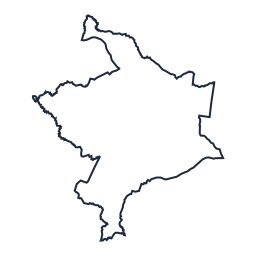 Mueang Kamphaeng Phet, Kamphaeng Phet, Thailand
{"feature_id": "78962969B14076406619672", "entity_name": "Mueang Kamphaeng Phet", "entity_type": "district", "adm_level": 2, "iso_a3": "THA", "parent_name": "Thailand", "parent_adm1": "Kamphaeng Phet", "projection": "natural_earth1", "projection_center": [99.433, 16.42], "detail": "fine", "context": "isolated", "style": "outline", "palette": "slate", "viewbox_px": 256, "rotation_deg": 0, "n_neighbors": 0, "source": "geoboundaries", "source_scale": "gbopen_adm2", "svg_char_len": 5644}
<svg xmlns="http://www.w3.org/2000/svg" viewBox="0 0 256 256"><path d="M223.1,158.1L221.0,153.6L219.7,149.4L216.3,148.5L214.6,146.7L213.1,143.5L210.9,142.6L209.0,140.0L207.1,138.8L205.4,136.6L203.7,135.7L200.8,135.6L200.2,134.7L199.7,133.2L200.0,125.6L199.5,125.2L200.2,121.4L200.1,118.9L199.0,117.8L199.3,115.6L209.6,117.1L211.3,102.6L214.3,82.4L213.3,82.3L212.3,83.4L209.7,83.3L207.4,85.0L205.0,85.5L204.8,86.2L203.8,86.5L202.7,85.9L201.3,86.2L200.6,86.8L198.9,87.0L197.1,85.7L195.7,85.9L194.0,84.5L192.7,84.7L193.6,75.6L194.3,74.2L192.5,72.3L189.4,71.6L189.4,72.0L187.0,72.5L185.7,73.4L184.1,73.8L181.4,75.7L181.1,76.5L178.5,76.9L176.8,78.6L175.4,77.2L175.1,75.4L172.6,74.2L170.9,74.2L165.9,71.1L162.5,69.5L158.3,64.6L156.1,63.3L152.9,60.6L151.9,60.2L150.2,58.5L149.9,57.6L148.8,58.0L148.0,57.7L147.1,56.6L146.0,57.9L144.7,57.8L144.4,58.2L141.8,56.9L141.8,56.0L140.6,54.7L140.7,54.1L140.2,53.7L140.3,53.3L139.0,51.6L139.0,51.1L138.3,50.1L138.4,49.8L137.9,49.4L138.2,48.9L137.9,47.3L136.1,45.9L135.7,43.5L134.7,42.5L134.4,41.5L134.3,39.8L133.5,39.4L132.8,38.2L131.4,37.3L129.9,37.5L128.9,35.7L126.2,35.8L125.7,33.9L122.6,34.5L122.2,34.9L119.6,33.4L116.0,33.9L115.6,33.6L113.2,33.8L112.2,32.5L110.6,31.4L108.7,31.1L105.5,31.8L102.5,31.0L101.0,31.4L100.2,30.6L99.9,30.7L98.7,29.9L98.4,30.6L97.8,30.3L97.4,29.9L97.7,29.4L97.2,28.9L96.6,29.3L96.1,28.7L96.5,28.5L96.3,28.0L95.7,27.3L95.7,26.5L96.6,26.6L97.0,25.9L97.1,24.8L97.9,24.2L97.7,22.9L97.0,22.8L96.8,23.3L96.1,22.1L95.9,20.5L95.5,20.1L94.9,20.6L94.4,20.2L94.9,19.9L94.7,19.4L92.6,18.6L92.7,17.8L92.1,16.9L90.0,16.7L89.6,16.0L88.5,16.1L88.0,15.4L86.6,16.3L87.1,18.8L85.4,20.5L84.8,22.3L84.2,22.6L84.5,23.5L84.0,24.5L84.0,25.3L84.9,26.6L84.4,26.8L84.8,27.6L84.4,28.6L84.9,28.8L85.1,29.5L84.3,33.4L83.6,33.6L81.8,40.1L83.8,40.4L86.3,40.0L92.5,37.3L95.6,37.4L101.3,39.6L104.6,42.8L105.6,44.4L106.3,48.4L108.5,52.6L110.7,55.3L111.4,59.1L112.4,61.0L117.1,66.9L119.3,68.4L119.2,68.7L116.7,70.4L112.1,71.9L109.7,74.4L107.6,72.4L97.1,77.6L94.3,79.7L93.4,79.2L90.4,78.7L89.1,82.3L87.3,85.7L86.2,85.5L85.7,86.7L84.1,86.7L82.3,86.0L81.8,85.1L81.1,85.1L80.8,84.6L75.7,85.7L74.3,84.5L73.0,84.0L72.1,82.2L69.8,82.8L67.4,81.3L66.7,82.9L64.6,83.2L62.9,85.2L62.5,85.2L62.7,84.6L62.3,84.2L61.2,84.1L60.2,84.6L58.9,86.9L56.5,89.2L56.6,91.3L56.9,91.9L56.5,93.0L55.4,92.9L55.1,93.8L53.9,94.0L53.8,94.8L52.2,95.9L51.5,95.4L51.4,94.5L51.0,94.8L50.8,94.2L49.8,94.0L50.0,92.8L49.5,93.0L48.6,92.2L47.6,92.0L46.4,92.2L45.7,93.1L45.1,93.0L45.1,92.5L44.2,93.9L41.8,95.4L40.6,95.3L39.5,96.1L39.2,96.6L39.3,97.7L38.4,98.2L38.4,99.0L37.8,99.7L36.4,98.8L36.5,97.3L35.6,96.3L33.2,96.0L32.9,96.3L33.2,98.4L33.8,98.9L34.9,101.0L35.7,101.6L36.4,100.6L37.2,100.9L37.9,100.7L37.9,101.4L38.7,102.8L39.0,102.7L39.2,103.8L39.8,104.5L40.7,104.7L40.4,105.1L40.8,106.8L41.3,107.1L42.3,106.8L42.4,107.4L42.8,107.4L42.9,107.8L42.3,108.0L42.3,108.3L43.7,108.4L44.5,109.1L44.5,110.0L44.2,110.0L43.8,111.0L44.4,111.2L44.8,112.0L46.0,111.4L46.5,111.4L46.6,112.0L46.9,111.5L47.8,112.1L48.1,111.9L48.3,112.7L48.7,112.7L49.2,113.6L50.7,113.5L51.1,114.3L51.5,114.2L52.3,115.3L52.1,116.1L52.5,116.0L53.1,116.6L53.3,117.3L54.7,118.1L55.1,119.7L55.4,119.4L55.2,120.3L56.3,121.0L56.3,122.3L56.8,123.3L56.3,123.5L57.1,125.7L59.6,126.1L60.0,125.8L60.9,126.6L60.4,127.2L60.7,127.7L60.2,127.9L60.4,128.3L59.4,128.9L59.7,129.8L58.8,131.2L59.8,132.5L59.6,132.8L59.9,133.3L59.1,133.7L59.3,134.3L58.7,134.3L59.1,135.5L59.6,135.5L59.1,136.3L61.0,137.2L61.1,137.8L61.6,137.9L61.6,138.6L62.2,138.4L62.8,138.8L63.5,138.2L64.4,138.9L64.4,139.6L65.0,139.2L65.2,140.0L66.4,139.9L66.6,140.4L71.4,142.3L71.8,143.5L74.1,144.6L73.8,145.3L74.8,145.7L75.6,147.1L77.2,147.4L80.0,146.8L81.7,149.7L81.1,153.8L81.4,155.9L82.0,156.4L83.6,156.6L88.7,154.8L89.5,156.8L91.4,156.0L91.7,158.7L91.4,159.0L92.9,160.0L93.8,158.9L94.1,159.2L96.1,158.5L96.4,157.6L96.9,157.9L97.2,157.3L98.1,157.3L98.3,156.8L98.9,157.0L99.5,156.7L99.7,157.1L95.0,166.3L88.0,181.4L86.6,182.7L80.7,180.5L76.8,183.9L74.7,190.7L76.2,192.3L77.1,192.5L78.5,193.7L78.9,195.6L78.2,197.8L79.7,198.4L80.6,198.1L81.2,198.3L84.1,203.1L88.1,204.0L88.9,203.9L89.8,203.1L90.2,203.5L91.3,203.5L91.5,203.9L92.2,203.5L93.3,203.7L93.3,204.3L95.8,205.2L98.0,205.2L99.4,206.9L100.6,206.4L101.7,207.9L102.5,208.3L102.4,208.9L103.0,209.8L101.8,212.0L101.7,213.2L100.7,214.4L100.4,216.2L101.0,217.0L100.6,218.4L100.8,219.2L102.0,219.5L102.7,220.1L103.2,221.1L105.0,222.2L105.3,222.8L106.6,223.0L106.8,223.5L107.0,223.3L107.5,224.1L105.8,225.2L105.1,226.3L104.1,226.0L103.1,226.3L101.8,227.5L102.5,229.8L101.7,230.9L102.3,234.5L101.6,237.3L101.8,238.1L101.3,238.8L100.7,240.6L103.1,240.4L103.7,239.4L105.1,238.8L106.8,240.0L107.7,238.3L108.1,238.6L108.9,237.6L109.5,238.0L110.0,237.5L110.4,238.0L111.4,238.4L113.9,234.2L115.5,232.8L117.7,232.7L120.3,233.4L121.4,233.1L121.7,233.6L122.9,233.2L123.5,233.7L123.7,234.9L124.9,235.2L124.8,234.7L124.5,234.8L124.6,234.1L124.1,233.8L124.3,233.4L123.5,232.4L123.5,230.9L123.1,230.6L123.6,230.0L122.8,229.6L122.8,228.1L122.5,227.6L122.2,227.9L121.1,227.2L120.8,226.3L120.5,226.5L120.1,226.1L119.5,223.8L120.0,222.0L121.8,219.9L120.2,218.0L120.4,216.9L121.1,216.3L120.3,214.9L120.7,212.8L122.9,207.2L123.1,204.9L124.1,202.4L124.6,201.8L124.4,199.7L125.4,198.7L126.5,196.7L127.7,195.5L129.9,194.2L131.2,194.0L132.3,190.9L135.2,191.7L139.0,190.9L141.5,183.8L142.9,184.3L143.6,184.2L144.2,183.0L146.4,183.3L146.8,181.3L148.0,180.0L149.6,181.1L151.3,179.2L156.7,177.5L160.6,177.5L164.5,179.2L166.2,179.4L176.8,176.7L181.4,173.8L187.7,171.2L190.9,168.8L193.2,167.8L202.8,159.2L206.2,157.7L208.6,157.4L213.8,158.7L215.3,158.2L223.1,158.1Z" fill="none" stroke="#1e293b" stroke-width="2"/></svg>